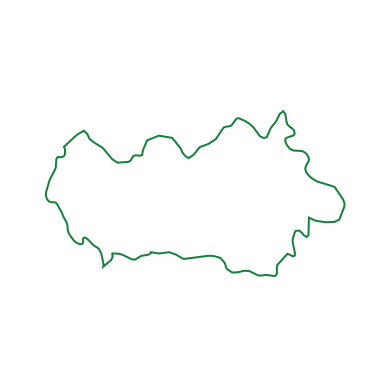 the Province of Siena, rotated 140°
{"feature_id": "ITA-5388", "entity_name": "Siena", "entity_type": "Province", "adm_level": 1, "iso_a3": "ITA", "parent_name": "Italy", "parent_adm1": "", "projection": "mercator", "projection_center": [11.496, 43.172], "detail": "fine", "context": "isolated", "style": "outline", "palette": "green", "viewbox_px": 384, "rotation_deg": 140, "n_neighbors": 0, "source": "natural_earth", "source_scale": "10m", "svg_char_len": 2447}
<svg xmlns="http://www.w3.org/2000/svg" viewBox="0 0 384 384"><g transform="rotate(140 192 192)"><path d="M182.8,74.6L188.4,80.7L193.9,84.4L195.7,87.2L198.9,94.7L202.9,98.3L208.3,100.9L213.0,104.5L214.8,110.8L214.3,112.5L212.8,115.7L212.5,117.5L212.7,123.0L213.6,124.8L216.7,129.2L220.4,132.6L240.9,145.7L242.0,147.1L244.4,154.1L248.1,160.5L256.8,166.1L262.2,172.3L262.6,171.6L265.9,172.1L271.9,175.7L279.4,176.9L281.5,179.3L285.5,188.5L287.7,191.7L292.3,196.0L293.0,195.9L293.4,194.8L294.5,193.4L297.5,191.9L308.0,191.8L306.1,193.6L301.1,203.1L300.0,207.8L300.1,209.2L300.3,210.3L300.7,211.4L301.1,212.4L301.5,214.2L301.9,216.8L302.2,222.2L302.7,224.7L303.5,226.2L304.5,226.4L305.5,226.2L306.2,225.5L307.3,223.8L308.2,223.2L309.1,222.8L310.4,223.2L311.7,224.5L313.2,227.7L313.6,229.8L313.7,231.6L313.3,237.2L313.1,238.6L312.8,239.8L312.0,241.9L311.6,242.8L309.1,246.1L307.7,249.2L306.2,256.4L304.9,260.0L303.3,268.8L303.2,271.1L303.8,272.5L305.6,273.9L306.5,274.8L307.5,276.5L307.7,278.0L307.7,279.4L307.3,280.6L306.9,281.6L306.4,282.7L305.9,283.5L304.4,285.3L303.2,286.1L293.4,292.7L282.4,297.3L280.6,298.3L274.9,304.3L273.3,304.9L272.1,304.9L270.5,303.3L269.4,302.5L267.3,301.9L266.1,302.1L265.1,302.6L262.3,305.7L261.8,306.4L261.1,308.9L243.3,309.8L235.4,308.5L234.9,303.7L236.3,298.7L235.3,293.2L232.0,283.1L232.0,268.2L230.2,262.3L221.8,256.3L220.2,255.5L218.1,255.8L214.1,257.3L211.4,256.3L209.0,253.6L206.4,252.3L202.9,255.5L193.1,260.4L181.1,256.4L172.4,246.2L172.7,232.4L173.7,229.4L174.1,226.5L173.9,223.5L172.9,220.1L166.5,219.5L158.2,221.3L156.6,221.2L148.3,218.2L139.9,217.2L126.5,221.0L124.6,220.5L121.0,218.3L119.1,217.6L110.9,219.6L108.9,218.6L106.1,213.2L104.2,207.9L103.4,202.3L104.1,190.9L102.4,187.3L99.5,185.9L91.0,190.2L81.7,192.2L74.7,195.4L70.3,195.3L70.4,191.7L74.1,185.7L75.4,182.7L75.3,179.7L74.5,176.6L74.3,173.5L75.7,170.9L77.0,170.2L78.3,170.2L83.8,172.5L86.1,172.7L87.9,171.1L89.2,166.9L89.2,161.8L87.4,158.4L81.7,152.9L80.6,151.1L80.0,149.0L79.8,146.7L80.3,144.2L81.4,141.8L83.1,140.5L87.1,139.1L90.0,137.4L91.6,134.4L92.0,130.6L91.6,126.1L89.4,119.6L79.5,104.4L81.0,89.3L82.6,85.0L85.0,82.7L96.8,76.2L102.0,77.5L109.3,83.1L115.8,90.6L118.9,97.2L130.6,84.0L133.2,83.9L134.1,87.3L134.1,90.7L134.8,93.6L137.4,95.5L139.4,95.0L145.3,91.0L147.0,89.1L152.4,79.0L154.1,77.2L156.3,78.1L157.3,80.9L158.6,83.3L173.3,81.3L175.8,79.4L179.0,75.3L181.2,74.2L182.8,74.6Z" fill="none" stroke="#15803d" stroke-width="2"/></g></svg>